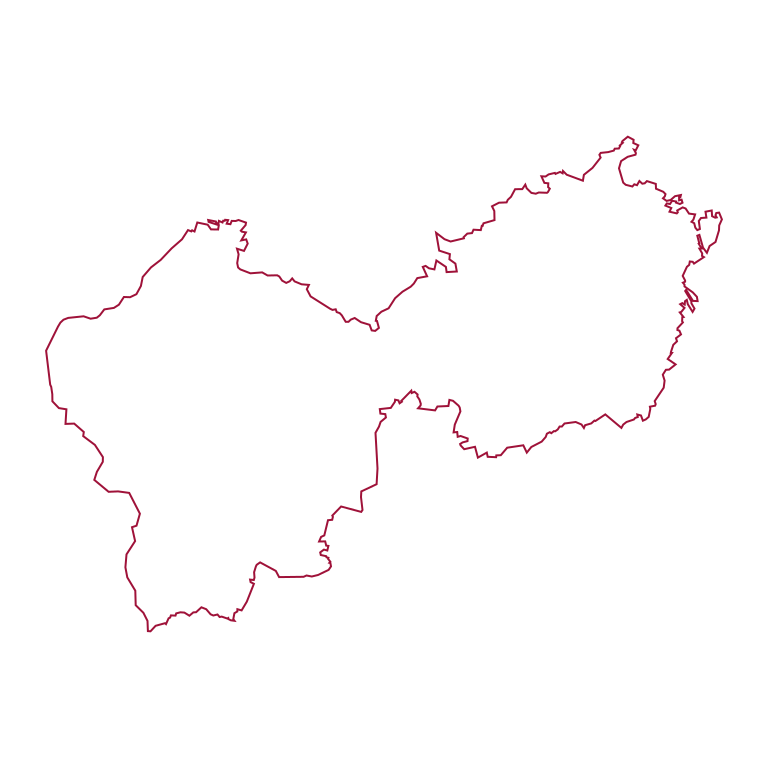 outline of Qalqiliya, West Bank, Palestine
{"feature_id": "87354302B40414204592822", "entity_name": "Qalqiliya", "entity_type": "district", "adm_level": 2, "iso_a3": "PSE", "parent_name": "Palestine", "parent_adm1": "West Bank", "projection": "orthographic", "projection_center": [35.101, 32.181], "detail": "fine", "context": "isolated", "style": "outline", "palette": "rose", "viewbox_px": 768, "rotation_deg": 0, "n_neighbors": 0, "source": "geoboundaries", "source_scale": "gbopen_adm2", "svg_char_len": 6105}
<svg xmlns="http://www.w3.org/2000/svg" viewBox="0 0 768 768"><path d="M188.0,230.1L182.0,239.3L171.6,248.4L160.7,259.9L151.0,267.4L142.7,277.0L140.9,286.0L136.4,294.2L130.1,297.2L123.9,297.0L118.9,304.7L113.9,307.9L104.3,309.4L99.8,315.3L96.8,317.7L90.6,318.7L83.6,316.3L68.2,317.9L63.5,319.7L60.4,322.6L58.0,326.6L46.1,350.7L50.2,384.7L51.2,386.8L52.3,394.2L52.4,401.3L58.9,408.1L66.4,409.3L65.5,423.9L74.2,423.6L83.8,432.0L83.2,436.1L94.9,444.9L102.9,457.1L102.8,461.8L96.9,471.8L94.3,479.9L108.6,491.8L118.1,491.4L129.2,492.9L139.9,513.7L136.5,525.7L132.0,527.2L135.1,541.1L126.5,554.4L125.4,567.3L127.3,577.4L135.3,590.7L135.7,605.2L143.4,612.8L147.5,620.9L147.9,631.1L150.5,631.3L155.6,625.8L165.0,623.2L166.0,624.1L168.6,618.3L170.1,617.6L170.9,615.4L175.5,615.6L176.2,613.4L180.4,612.3L184.4,612.6L189.4,615.7L193.3,612.4L196.1,612.2L201.4,607.3L206.2,609.2L210.6,614.3L213.3,615.5L217.5,614.5L219.6,617.0L221.7,616.6L227.2,618.5L228.2,618.0L228.3,619.0L230.8,620.3L234.5,620.8L233.3,619.1L234.4,613.2L237.3,611.5L237.4,609.2L241.6,610.4L246.8,601.7L253.9,583.8L250.6,582.1L250.1,579.6L253.8,580.0L254.5,577.6L254.1,572.2L255.9,566.4L256.7,564.8L260.1,562.4L275.8,570.9L279.1,577.1L303.6,576.8L306.5,575.5L311.8,576.5L318.0,575.0L328.6,569.9L331.0,566.4L330.4,563.0L329.4,562.8L330.3,561.7L328.1,558.9L328.4,557.8L326.5,557.3L326.2,556.2L320.8,555.0L320.2,552.4L323.9,549.6L327.3,550.5L328.4,545.9L326.2,545.6L325.2,541.4L319.1,541.5L321.1,536.9L324.3,535.4L328.0,520.2L332.2,519.8L332.9,516.8L332.3,515.6L341.1,506.5L361.2,511.9L362.5,510.0L361.0,497.1L361.3,491.4L376.6,484.2L377.5,468.5L375.5,432.8L379.0,426.6L380.6,421.9L385.9,417.5L385.3,414.1L380.4,413.6L379.8,409.1L390.8,407.9L394.9,401.8L395.1,399.7L398.4,400.4L399.6,403.3L401.9,401.7L401.3,400.9L411.3,390.7L411.7,393.0L414.5,391.8L417.6,394.5L417.3,396.4L419.4,399.5L420.8,403.8L420.6,405.4L418.1,408.3L435.1,410.4L437.4,406.5L448.4,406.0L449.4,399.9L453.0,400.8L458.6,405.7L459.7,407.5L460.4,411.4L454.8,424.6L453.6,432.4L457.2,432.0L457.7,436.8L460.6,436.0L467.7,438.5L467.5,441.1L462.6,442.4L460.1,444.0L460.6,445.4L464.2,449.2L475.0,446.8L477.9,457.6L486.8,452.6L487.7,456.8L496.1,457.2L496.3,455.4L500.8,455.2L507.2,447.7L523.3,445.3L526.8,452.6L531.3,447.0L541.7,441.6L545.7,437.0L546.9,433.7L549.8,432.2L551.3,433.2L553.9,431.1L555.2,431.3L557.8,429.4L559.6,426.5L561.9,426.5L564.5,423.5L575.7,422.0L581.5,424.5L583.9,428.0L585.1,425.2L591.3,423.4L594.4,420.6L595.4,421.0L605.3,414.4L621.4,427.9L623.2,424.6L626.5,422.0L633.9,419.5L635.1,418.0L637.8,417.0L637.3,414.5L641.0,415.5L642.9,420.7L645.8,419.4L648.7,416.9L650.3,408.9L649.9,406.7L655.1,405.7L655.7,404.1L654.7,401.1L663.7,387.7L664.6,380.6L662.8,374.7L665.9,369.8L669.1,369.6L675.6,364.4L667.7,359.0L671.9,353.0L670.8,353.0L671.0,351.8L673.3,344.8L677.0,341.3L676.0,338.2L681.0,334.4L679.4,330.7L677.4,330.0L677.5,328.2L682.9,322.4L682.1,321.2L682.3,317.2L683.5,317.0L679.8,312.4L681.3,311.9L684.5,307.9L680.2,304.2L682.3,303.1L684.7,304.6L685.0,301.2L686.8,299.9L687.8,304.2L692.6,311.9L694.5,308.6L691.4,303.3L691.3,301.2L685.2,291.0L686.1,289.9L693.0,300.9L697.6,301.1L696.9,296.8L692.8,292.4L684.5,286.4L684.5,284.6L682.9,282.7L685.1,281.7L685.1,280.5L682.7,275.9L686.9,266.8L689.2,264.9L689.8,261.5L692.7,261.8L694.0,263.6L703.9,257.1L702.0,255.9L702.2,253.4L699.4,248.6L701.6,248.5L698.7,243.7L699.3,243.4L697.3,235.7L699.4,234.9L703.0,247.6L706.9,252.8L709.6,246.0L715.5,242.0L719.0,230.3L719.2,225.4L721.9,219.4L719.1,212.6L716.3,213.0L715.5,215.2L716.7,217.4L715.2,217.7L712.1,216.2L711.7,210.5L705.5,211.7L706.4,217.6L701.0,218.0L698.8,221.0L699.9,229.0L697.3,230.1L695.3,227.6L694.2,223.2L691.5,221.8L693.4,219.6L695.1,214.4L689.0,213.6L685.6,208.5L682.7,207.4L677.2,210.5L677.8,212.3L676.8,213.4L669.5,211.7L671.3,208.0L665.4,205.6L666.8,203.4L670.0,204.0L672.1,200.8L676.2,201.5L676.0,202.6L679.9,204.0L682.5,202.7L681.6,199.7L679.1,200.3L679.1,197.2L680.3,197.3L680.9,195.0L675.0,196.2L670.6,200.0L666.6,200.9L663.0,198.3L664.8,196.4L665.5,194.1L663.3,191.8L656.0,188.7L655.8,183.9L646.9,181.1L644.7,183.3L642.3,183.7L639.4,181.0L637.0,185.2L634.3,184.3L632.4,186.5L625.7,184.8L623.2,182.6L619.0,168.3L620.7,162.4L621.2,161.0L627.7,156.8L635.5,154.7L635.9,153.1L634.1,149.8L635.7,150.4L638.3,145.3L633.3,143.0L633.6,139.8L627.8,136.7L622.5,141.0L621.9,142.2L622.8,142.8L619.8,145.5L620.2,146.0L618.9,148.5L614.7,148.7L613.8,150.6L608.2,152.1L600.7,152.9L599.4,154.8L600.6,157.6L592.5,167.9L583.9,174.8L582.9,180.7L566.7,174.7L563.0,171.0L562.6,173.3L560.1,171.9L555.5,173.9L554.9,172.9L548.6,174.4L545.6,176.5L541.4,176.3L544.4,182.9L548.3,183.3L548.1,187.1L549.8,188.7L547.9,192.1L547.0,192.8L538.8,192.5L535.8,193.7L531.4,192.9L526.7,188.3L525.3,184.6L522.3,189.1L515.1,189.2L511.0,196.8L507.8,199.8L506.6,202.4L499.0,202.7L492.0,206.3L494.3,211.0L494.5,220.1L483.5,223.3L482.6,225.9L481.8,225.8L480.8,230.1L473.5,229.7L472.0,233.1L467.3,233.6L463.6,237.2L463.9,238.3L450.6,241.5L444.5,239.2L436.1,232.8L439.2,250.6L449.9,254.1L449.4,259.3L455.4,263.6L456.8,271.5L446.6,272.1L445.9,266.9L436.4,260.5L434.4,269.4L429.0,268.3L425.6,265.9L422.8,266.9L427.1,276.3L417.3,278.1L413.8,283.6L410.7,286.7L402.5,291.7L395.1,298.2L388.6,308.3L381.4,311.7L376.7,316.0L375.8,320.8L377.0,321.0L378.9,327.9L375.2,330.9L371.7,330.4L369.6,324.8L361.0,322.2L354.7,318.0L350.8,319.6L348.5,321.8L345.7,321.8L341.8,315.3L339.7,313.1L336.7,312.1L335.7,309.3L332.5,309.9L330.2,308.8L310.6,296.4L306.8,289.2L308.9,284.9L301.6,284.3L294.6,281.4L292.2,278.4L289.7,281.3L286.2,282.9L282.1,280.6L279.3,276.5L277.2,275.3L267.6,275.5L262.2,272.4L250.4,273.3L240.3,269.4L238.1,267.5L237.2,263.1L238.6,254.3L237.0,248.7L244.0,250.9L247.7,243.6L246.2,239.4L241.3,240.4L245.9,232.4L241.9,231.7L240.8,230.7L245.6,225.1L246.0,222.6L238.5,220.0L235.7,221.0L231.7,220.9L230.4,224.2L226.7,223.7L228.1,220.1L225.1,219.8L224.7,220.8L223.2,220.7L222.5,222.5L218.9,220.9L218.5,223.3L216.2,223.1L215.9,221.5L208.2,220.0L208.6,221.9L218.8,225.2L218.1,229.5L211.0,229.4L207.7,224.7L197.3,222.5L194.5,231.5L192.1,230.3L191.3,231.4L188.0,230.1Z" fill="none" stroke="#9f1239" stroke-width="2"/></svg>